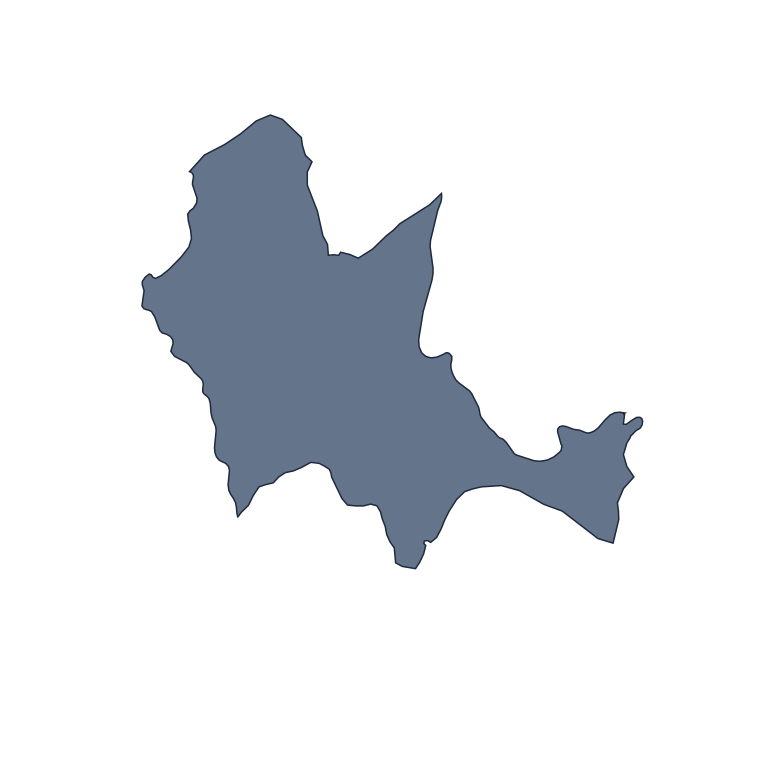 the border of Bolikhamxai, rotated 213°
{"feature_id": "LAO-3292", "entity_name": "Bolikhamxai", "entity_type": "Province", "adm_level": 1, "iso_a3": "LAO", "parent_name": "Laos", "parent_adm1": "", "projection": "equal_earth", "projection_center": [104.026, 18.483], "detail": "fine", "context": "isolated", "style": "filled", "palette": "slate", "viewbox_px": 768, "rotation_deg": 213, "n_neighbors": 0, "source": "natural_earth", "source_scale": "10m", "svg_char_len": 3255}
<svg xmlns="http://www.w3.org/2000/svg" viewBox="0 0 768 768"><g transform="rotate(213 384 384)"><path d="M253.5,402.5L249.3,401.5L236.8,396.5L234.5,396.5L216.2,401.4L210.6,404.5L205.6,409.2L201.8,415.4L199.5,422.9L199.4,424.9L199.8,426.1L200.4,427.3L200.9,429.0L202.8,430.0L212.4,438.5L213.8,441.0L213.7,441.5L213.5,443.8L211.4,446.1L208.5,447.4L200.1,449.3L195.1,451.7L188.3,453.1L186.3,453.9L184.4,455.5L181.9,459.4L180.4,464.2L179.0,474.5L177.5,481.1L174.8,485.6L171.0,488.7L166.2,490.9L166.4,490.5L166.5,490.3L167.0,488.9L166.9,489.0L165.8,489.7L165.6,489.4L161.4,480.7L158.8,482.1L156.6,488.1L153.9,493.6L151.3,495.4L148.9,495.4L146.9,493.8L145.3,490.3L145.0,487.0L145.9,484.7L147.0,482.8L147.6,480.7L148.1,477.6L148.8,474.9L148.3,472.7L148.2,466.8L146.6,461.6L144.8,455.2L135.4,447.1L123.8,442.1L126.2,426.8L123.5,411.4L118.2,405.2L113.3,398.2L105.2,375.3L120.3,370.9L165.2,374.5L184.6,370.1L212.2,368.4L230.3,362.7L246.3,350.8L252.4,344.4L257.7,337.7L260.2,326.6L260.2,313.6L259.1,303.4L257.2,293.8L256.3,283.9L258.6,276.6L262.1,276.4L264.7,274.4L263.7,272.0L261.0,271.3L258.2,263.0L257.0,254.0L257.0,246.3L269.2,241.0L276.8,240.3L286.1,252.1L293.0,254.9L299.6,259.1L305.4,265.2L311.9,269.9L317.4,274.9L323.5,278.0L329.8,276.0L334.8,270.6L341.6,266.2L348.7,262.6L357.0,265.1L377.2,277.4L380.1,280.5L383.4,282.7L389.3,282.7L395.3,282.1L402.7,278.4L407.8,269.0L412.8,261.6L418.5,255.9L421.6,248.9L423.0,240.8L428.1,235.6L432.8,229.7L432.9,219.2L431.6,208.5L433.8,198.7L434.2,192.9L434.3,192.9L437.6,196.2L440.6,200.2L444.1,203.8L448.5,206.3L452.4,207.9L456.1,210.2L459.9,214.6L466.5,227.3L469.4,230.1L473.5,231.2L480.6,230.3L484.9,231.7L488.7,234.7L491.5,238.3L499.4,253.5L502.1,256.7L509.8,262.0L513.0,265.2L519.3,273.3L522.7,276.3L525.0,277.2L529.4,277.6L531.7,278.7L532.9,280.4L535.6,285.6L537.4,287.5L540.0,288.8L549.4,290.5L558.3,294.0L561.4,294.4L574.6,293.1L580.6,295.3L582.9,303.0L585.3,306.1L589.3,307.5L593.8,307.3L597.7,306.0L601.4,306.9L612.9,315.5L618.5,318.1L621.3,317.8L624.0,316.9L626.6,316.4L629.5,317.6L636.0,331.5L641.0,335.8L642.5,338.4L642.5,342.1L642.5,343.2L640.9,348.3L638.6,348.8L635.9,347.6L633.1,348.1L629.8,353.7L626.8,362.8L623.3,379.8L622.2,392.6L624.7,401.1L630.0,407.7L637.2,414.5L641.2,419.7L641.1,423.5L639.6,427.5L639.8,433.9L642.0,438.0L653.2,446.9L654.5,449.0L656.5,453.8L658.0,455.6L660.4,456.6L662.8,456.2L659.3,478.3L648.1,498.0L640.5,515.7L634.4,535.1L625.8,547.7L613.3,550.6L587.6,545.7L582.2,539.5L574.6,533.0L565.4,531.2L563.8,520.0L556.6,509.0L534.0,492.7L516.1,475.1L507.4,470.3L500.8,461.7L496.0,465.4L494.0,466.2L492.1,467.3L492.1,470.9L483.2,474.0L474.1,475.5L467.0,491.0L462.8,509.5L459.9,518.1L458.0,527.1L443.3,559.2L439.6,575.1L438.7,574.1L436.9,571.2L435.5,567.9L433.4,558.6L423.2,529.8L421.5,526.7L420.3,524.5L406.0,507.9L402.9,503.1L400.3,497.1L390.6,466.1L379.2,440.3L374.9,434.4L369.3,430.6L363.7,429.9L358.7,431.6L354.3,435.3L350.6,440.9L349.6,442.8L348.8,444.1L347.7,444.8L346.0,445.2L342.3,444.2L340.3,441.2L338.8,437.2L336.4,433.7L333.0,430.7L329.4,428.3L325.6,426.5L321.6,425.7L308.3,424.8L305.2,423.7L292.1,416.1L290.2,414.4L288.2,412.1L284.9,409.2L271.6,404.5L265.7,403.8L259.9,402.0L257.9,401.8L254.6,402.5L253.5,402.5Z" fill="#64748b" stroke="#1e293b" stroke-width="1.5"/></g></svg>